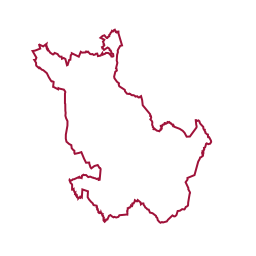 Vietalvas pag., Plavinu, Latvia (Equal Earth projection), rotated 79°
{"feature_id": "27541924B27962464442280", "entity_name": "Vietalvas pag.", "entity_type": "district", "adm_level": 2, "iso_a3": "LVA", "parent_name": "Latvia", "parent_adm1": "Plavinu", "projection": "equal_earth", "projection_center": [25.736, 56.75], "detail": "fine", "context": "isolated", "style": "outline", "palette": "rose", "viewbox_px": 256, "rotation_deg": 79, "n_neighbors": 0, "source": "geoboundaries", "source_scale": "gbopen_adm2", "svg_char_len": 5841}
<svg xmlns="http://www.w3.org/2000/svg" viewBox="0 0 256 256"><g transform="rotate(79 128 128)"><path d="M99.2,109.1L99.6,110.2L100.1,110.7L100.0,111.9L98.6,112.9L98.6,114.7L97.8,115.1L96.9,116.2L96.6,117.1L96.7,117.6L96.3,118.3L95.0,119.3L94.9,119.9L94.6,120.1L94.8,120.5L94.1,122.5L91.4,123.9L89.9,123.9L85.4,128.6L83.4,128.8L82.4,128.3L80.5,130.0L76.6,131.8L74.9,131.8L70.3,129.7L69.5,128.0L67.5,128.0L67.2,128.4L62.0,126.0L59.6,126.2L54.0,124.7L51.5,123.4L50.1,123.4L49.0,122.7L45.9,120.0L45.8,118.1L33.3,119.3L31.5,119.0L31.4,119.5L32.1,120.7L31.0,121.3L31.2,121.7L29.0,122.2L29.4,123.5L30.2,124.0L30.0,124.4L30.2,124.9L29.7,125.3L30.7,125.9L31.1,126.7L32.7,127.9L33.1,128.7L34.4,128.9L34.7,130.2L35.1,130.4L35.7,131.2L35.5,131.8L32.5,133.5L32.8,135.4L34.2,137.8L36.8,134.4L37.8,135.2L38.4,136.1L40.6,135.7L40.9,135.9L41.2,135.5L42.4,135.5L43.6,137.5L43.7,138.1L44.9,137.9L44.8,137.4L46.8,136.7L45.1,132.7L46.5,131.2L48.2,131.1L48.3,130.5L48.6,130.2L51.2,129.8L51.3,130.2L51.8,130.3L51.9,129.4L52.5,128.5L54.6,128.6L55.0,129.3L54.7,130.6L53.7,130.8L50.8,132.7L50.4,133.8L50.1,135.4L50.7,136.2L51.2,138.8L49.6,138.9L51.7,141.0L51.7,143.8L49.1,144.0L49.0,145.3L49.7,146.5L49.7,147.8L48.6,148.8L48.6,149.8L48.2,151.0L45.4,152.7L45.7,153.4L44.9,154.5L45.7,155.2L45.3,158.3L45.2,158.8L44.2,159.8L48.6,162.7L43.9,168.9L44.8,169.1L45.7,170.3L50.0,171.6L50.0,172.8L54.6,175.2L54.8,175.9L48.3,176.3L47.0,177.8L47.4,179.6L45.3,179.6L45.0,181.3L43.9,182.2L42.0,183.0L40.7,185.1L40.3,185.7L41.5,187.1L41.4,187.8L39.1,190.1L37.4,190.7L36.7,191.7L35.6,191.3L35.1,191.5L35.8,192.2L35.7,192.3L34.4,192.6L33.3,192.3L32.3,192.4L32.3,192.8L31.7,192.9L31.7,192.4L31.3,192.6L29.9,192.0L31.7,195.7L29.3,199.0L28.6,199.4L33.3,199.0L34.3,204.5L34.2,207.0L41.5,204.5L43.4,205.7L43.3,207.0L46.5,205.8L48.6,206.2L49.4,206.1L52.2,204.0L51.6,203.5L51.8,203.2L54.2,201.6L55.1,200.1L58.7,197.2L63.2,196.0L67.1,194.5L67.7,194.1L67.8,193.1L68.6,192.2L74.2,193.9L73.2,193.6L76.7,189.2L75.6,188.7L76.1,188.1L78.1,183.6L80.2,182.7L80.9,182.7L82.1,183.3L91.8,185.2L92.4,185.0L99.1,186.2L101.2,186.3L104.0,187.1L106.6,186.9L109.7,186.1L114.1,187.0L122.7,190.3L126.6,191.1L129.7,191.0L132.5,188.8L134.0,186.9L137.0,187.1L138.9,186.1L140.0,185.0L142.3,185.4L143.2,185.1L143.1,181.0L142.8,178.4L149.7,177.0L154.1,175.8L154.5,172.7L155.8,172.8L159.5,172.3L160.6,171.7L158.9,168.2L158.6,164.8L161.8,163.6L162.0,163.0L163.1,162.7L173.4,165.7L173.4,166.7L171.9,166.6L172.1,168.5L171.0,169.9L170.7,170.9L170.0,171.8L170.0,172.2L168.5,174.4L168.6,176.4L166.2,178.1L165.7,180.5L165.4,180.7L166.0,182.2L166.5,182.2L167.1,183.0L167.7,182.8L168.1,183.0L167.7,183.3L167.9,184.2L167.3,185.0L167.4,185.3L166.7,185.3L168.0,190.7L167.9,192.1L168.4,192.7L168.9,194.4L167.7,195.2L168.1,195.4L170.8,194.9L172.5,193.8L173.2,193.7L177.6,194.6L177.4,193.2L177.8,193.4L177.8,193.8L178.1,193.8L178.3,193.7L178.4,193.1L180.6,192.8L181.0,192.3L181.7,192.4L181.6,192.2L182.7,192.6L182.9,191.9L183.6,192.0L183.8,191.7L184.2,192.0L185.1,191.6L184.8,191.1L186.3,191.2L186.7,190.2L187.7,190.3L187.2,189.7L187.2,189.0L186.9,188.7L187.4,188.1L186.4,187.7L186.8,187.2L186.8,186.7L187.1,186.5L179.6,184.5L182.5,179.4L188.2,180.8L190.7,179.9L193.5,178.3L195.0,177.1L197.1,176.5L198.3,173.6L199.6,173.5L200.0,173.9L201.3,173.3L201.8,173.8L202.5,173.6L202.6,173.2L204.6,173.0L205.1,173.2L205.6,172.8L205.0,172.4L205.1,172.2L206.1,171.6L206.1,170.9L205.7,170.7L206.5,170.6L206.7,170.1L208.0,169.9L208.0,169.5L208.6,169.9L209.4,169.7L209.6,169.2L210.1,169.2L210.6,169.2L211.3,168.8L212.0,169.3L212.9,169.0L213.4,169.5L213.7,169.0L214.6,169.4L215.6,168.8L214.6,167.4L213.6,166.8L213.9,165.7L210.6,163.4L210.1,161.9L211.8,160.5L212.9,159.3L212.6,158.4L213.6,156.6L213.4,154.4L212.0,153.1L212.7,145.7L212.9,145.2L211.5,144.8L210.0,144.8L209.8,144.5L208.9,144.5L208.4,144.0L206.9,143.6L207.1,143.3L206.4,142.5L206.6,141.6L205.6,140.6L205.7,140.3L205.2,139.9L204.7,139.8L205.2,139.0L204.7,138.9L204.7,138.5L203.0,138.2L202.9,137.7L203.2,137.5L203.1,136.8L202.6,136.6L201.8,135.7L200.2,135.0L201.5,133.7L201.7,133.0L200.6,132.2L203.4,129.9L205.4,129.9L204.8,128.8L205.0,127.3L206.7,127.2L207.8,126.6L209.3,126.2L210.3,125.2L211.6,124.5L212.1,123.2L215.2,122.6L216.3,120.2L219.6,117.3L221.0,117.2L221.5,116.6L222.2,116.4L224.0,116.4L226.1,115.2L227.2,114.2L226.8,112.6L227.4,111.7L227.1,107.7L225.7,106.3L222.3,101.0L223.6,99.6L223.6,98.5L222.6,97.0L219.0,95.1L219.1,92.8L218.0,90.3L218.7,88.2L218.2,87.6L216.6,86.4L216.0,84.5L215.3,83.8L212.5,83.1L204.3,80.0L203.6,79.5L202.9,79.5L199.6,80.5L198.5,80.2L192.2,81.8L190.0,79.4L188.4,79.2L186.9,71.7L174.4,65.5L172.0,63.5L170.7,62.8L170.7,62.0L169.6,59.8L168.9,59.5L168.6,59.8L167.8,59.5L167.4,59.6L167.4,59.3L167.2,59.3L167.1,60.0L166.4,59.9L166.4,59.5L165.4,59.3L165.6,59.0L165.2,59.1L165.2,58.8L164.5,58.4L164.6,58.0L164.0,57.8L163.6,57.3L162.0,57.2L161.8,56.2L161.4,55.8L158.5,54.4L158.1,53.7L159.2,52.2L159.0,50.3L157.5,49.0L156.2,49.0L152.5,50.1L152.4,51.0L152.0,51.2L149.7,50.8L149.3,51.6L147.4,53.0L146.6,52.8L145.3,53.3L144.4,53.0L144.2,53.7L143.0,54.1L141.3,53.9L137.8,56.1L136.3,56.6L135.1,56.6L134.0,57.4L134.3,58.9L133.2,59.7L133.2,60.0L137.9,60.4L139.4,60.3L140.6,60.7L148.2,68.9L147.7,72.1L143.5,73.4L141.2,74.8L138.7,77.4L135.5,82.5L133.9,82.8L133.4,83.1L133.9,83.6L133.3,83.7L132.3,84.8L131.6,84.9L130.9,85.8L130.2,86.2L130.6,86.7L129.7,87.5L129.6,88.0L130.6,88.6L131.0,89.8L130.1,90.7L130.1,91.0L131.1,91.3L131.0,91.8L131.6,92.3L131.4,92.8L131.4,93.4L131.8,93.9L132.5,94.1L132.2,95.4L132.9,95.5L134.3,94.8L135.1,95.0L135.3,95.3L135.2,95.8L135.4,96.3L136.3,96.4L136.7,97.7L137.1,97.9L136.0,100.3L133.6,102.2L134.2,102.8L134.1,103.0L133.4,102.4L132.1,103.4L131.7,103.2L129.5,103.7L126.9,103.0L125.4,103.4L123.8,104.4L122.4,103.3L120.8,103.2L120.5,103.9L118.8,103.6L108.5,109.2L103.3,108.8L99.2,109.1Z" fill="none" stroke="#9f1239" stroke-width="2"/></g></svg>